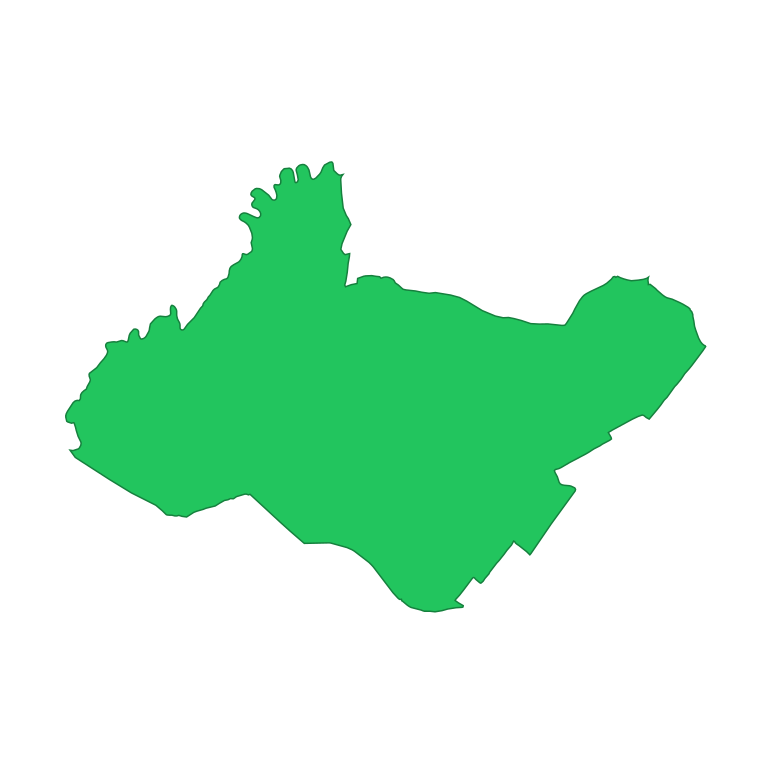 Porumbesti, Satu Mare, Romania (Equal Earth projection), rotated 117°
{"feature_id": "2599482B57737468340050", "entity_name": "Porumbesti", "entity_type": "district", "adm_level": 2, "iso_a3": "ROU", "parent_name": "Romania", "parent_adm1": "Satu Mare", "projection": "equal_earth", "projection_center": [22.962, 47.979], "detail": "fine", "context": "isolated", "style": "filled", "palette": "green", "viewbox_px": 768, "rotation_deg": 117, "n_neighbors": 0, "source": "geoboundaries", "source_scale": "gbopen_adm2", "svg_char_len": 6171}
<svg xmlns="http://www.w3.org/2000/svg" viewBox="0 0 768 768"><g transform="rotate(117 384 384)"><path d="M585.5,633.7L589.6,625.7L593.7,585.3L595.7,559.6L595.6,532.2L597.6,523.9L599.2,518.9L599.2,517.9L598.4,515.9L597.2,513.5L596.5,510.5L595.6,508.7L594.2,507.2L593.6,503.8L592.1,499.5L584.7,495.2L582.3,493.0L577.8,488.2L575.5,486.2L569.3,479.0L564.9,476.4L560.2,473.3L557.9,470.4L555.8,468.8L554.8,466.4L554.5,466.0L551.3,464.3L545.4,458.1L544.6,456.7L544.3,454.4L543.1,453.3L554.2,413.9L557.8,400.5L562.2,382.7L550.4,360.7L549.9,359.3L546.5,342.6L546.2,337.1L546.4,334.5L549.8,316.3L550.9,312.9L551.8,310.5L565.9,281.2L568.4,274.5L568.8,272.8L568.7,271.9L567.9,270.7L569.1,269.7L569.0,269.3L570.5,262.8L570.8,260.4L570.8,258.4L568.6,248.4L568.4,246.3L568.1,244.8L565.5,239.6L563.8,235.1L559.6,229.4L555.6,225.1L550.6,218.2L547.6,213.1L546.8,212.4L545.5,212.8L545.2,218.4L544.6,222.4L543.2,222.3L537.7,220.8L531.0,219.5L516.7,217.0L515.8,216.4L515.6,215.5L516.4,213.6L517.6,208.5L517.5,207.3L516.2,206.7L514.6,206.1L511.5,205.8L505.5,204.3L503.7,204.4L492.5,202.3L489.3,201.4L481.1,199.7L476.5,199.0L469.5,197.3L465.1,197.2L465.2,195.9L466.0,194.6L466.4,192.8L466.7,190.3L468.6,180.9L470.0,176.5L468.4,176.1L432.7,171.5L392.5,165.1L390.9,165.5L390.0,166.8L390.0,169.0L390.1,171.1L390.5,172.7L392.4,177.4L393.0,179.6L393.0,181.6L392.1,183.3L388.0,187.4L385.1,191.6L383.7,192.9L382.3,192.4L380.0,189.8L377.9,188.2L369.6,182.9L354.7,172.4L351.9,170.6L346.5,167.5L341.0,163.5L338.4,162.1L331.6,157.3L329.7,156.4L328.5,157.4L325.4,162.1L321.3,159.6L302.4,146.6L297.5,142.8L294.4,139.8L294.1,138.0L294.8,135.1L294.9,131.8L283.2,129.1L277.3,127.9L271.1,127.0L267.5,125.8L254.3,123.8L251.0,122.8L244.9,121.5L238.2,120.7L232.2,119.1L227.5,118.1L209.6,115.0L204.6,114.4L204.1,115.3L204.2,116.6L203.7,118.8L202.6,121.2L200.3,124.5L194.5,130.7L191.6,133.5L187.3,136.5L183.7,139.4L181.8,140.5L179.8,142.7L179.1,144.7L178.1,145.6L177.6,147.8L177.2,153.7L177.2,157.6L177.6,165.7L178.7,171.0L178.7,173.1L178.2,176.4L176.5,183.2L175.7,185.4L174.4,192.1L175.4,193.6L173.9,194.4L172.0,195.8L169.5,196.8L168.8,196.9L170.6,197.9L173.0,200.4L176.1,204.7L179.7,210.5L180.8,214.4L181.5,218.0L182.0,221.8L182.0,224.7L183.7,225.9L183.4,227.1L184.4,228.4L187.5,229.0L193.2,231.3L196.7,233.4L207.4,241.7L211.8,244.8L214.0,246.0L216.1,246.7L220.9,247.6L230.4,248.0L235.3,247.9L247.3,249.0L249.6,249.6L251.0,252.0L256.1,265.3L260.1,272.8L263.6,280.7L265.1,290.6L266.7,297.9L268.2,303.2L270.9,307.9L272.9,315.6L274.0,329.7L272.6,348.0L272.6,355.9L274.5,365.0L279.2,379.7L282.7,385.0L285.1,392.0L286.8,398.1L290.2,407.1L290.9,409.9L290.5,411.9L289.3,416.1L288.8,419.9L287.5,421.6L286.8,423.3L286.7,426.7L287.1,429.1L287.8,430.9L289.0,432.7L291.1,434.7L290.4,436.6L291.8,440.3L293.0,444.1L296.0,449.4L297.3,451.1L301.9,455.4L306.7,453.6L310.3,458.2L314.8,462.4L313.7,463.9L309.7,464.7L301.0,467.5L292.8,470.7L286.4,472.6L283.4,473.8L286.4,477.4L286.0,479.4L283.6,483.6L278.0,485.1L264.6,486.2L257.0,485.9L252.9,490.8L251.0,494.1L245.8,500.2L233.3,508.5L222.0,515.1L220.5,515.8L218.2,516.1L216.0,515.7L217.9,517.9L218.2,519.4L217.9,521.3L216.5,525.7L210.6,529.7L209.9,531.0L210.0,531.6L211.1,533.1L215.9,536.4L219.1,536.7L223.8,536.3L226.1,536.6L231.4,538.2L233.2,539.4L233.8,540.1L234.0,540.7L233.6,542.4L232.7,543.6L227.4,548.0L225.6,550.6L225.2,551.5L224.8,553.0L224.8,554.8L225.5,556.4L226.9,558.1L228.3,559.0L231.0,559.8L232.5,559.7L233.7,559.1L237.0,556.1L241.0,553.1L243.1,552.9L244.4,553.6L244.7,554.1L244.6,554.7L244.0,555.4L236.7,560.9L235.3,562.5L234.5,564.6L234.7,566.4L235.5,567.5L237.3,570.4L237.9,570.9L241.3,571.9L245.1,571.6L246.4,571.2L249.5,568.3L251.8,567.3L252.8,567.3L253.9,567.7L254.6,568.5L255.8,571.6L256.6,572.0L257.2,572.0L258.7,571.2L260.5,568.9L262.5,566.8L264.7,565.0L267.4,564.0L268.7,564.2L269.9,565.0L270.4,566.3L270.5,567.5L268.1,572.5L266.4,581.2L266.5,583.6L267.6,586.3L268.6,587.4L272.1,589.0L274.3,589.1L275.8,588.5L276.5,587.1L276.7,584.4L277.0,583.5L277.7,583.0L278.4,582.9L282.8,583.7L284.1,583.3L285.1,582.5L285.8,581.4L286.0,580.5L285.6,577.0L285.8,575.0L286.7,572.9L288.2,571.2L289.7,570.5L290.6,570.4L292.4,570.9L293.3,571.9L293.7,573.1L294.0,576.3L294.2,583.0L294.5,584.7L295.2,586.5L296.3,587.7L298.0,588.7L299.4,588.9L301.0,588.6L302.0,587.9L302.6,586.6L302.9,585.2L302.9,582.0L303.3,579.7L304.2,576.9L305.4,575.1L309.7,570.2L313.1,567.8L314.8,567.1L318.4,566.5L322.9,562.8L324.8,562.1L326.2,562.2L330.2,564.3L331.1,565.2L331.5,566.7L331.7,568.4L332.2,569.1L332.9,569.1L334.9,568.3L337.4,568.1L339.4,568.3L341.3,568.9L346.0,572.1L348.4,573.4L349.5,573.7L350.9,573.8L353.2,573.3L355.9,572.2L359.5,571.5L360.8,571.6L361.9,572.2L363.3,573.8L365.2,575.2L367.7,576.2L370.2,575.7L372.7,575.8L373.7,576.2L376.3,578.1L378.3,578.8L384.1,579.4L386.0,580.0L389.2,580.1L392.4,581.2L394.4,581.5L396.7,581.0L399.7,581.9L411.0,583.2L420.0,586.1L426.0,587.0L427.0,587.6L427.6,588.5L427.7,589.5L427.5,590.3L426.8,591.1L424.1,592.5L423.0,593.3L422.0,594.4L419.9,597.4L418.2,598.9L416.9,599.9L413.2,601.8L412.2,602.6L411.4,603.6L410.2,605.8L410.0,607.3L410.1,608.4L410.5,609.0L412.4,609.0L414.4,608.2L418.1,606.0L419.5,605.8L420.6,606.3L422.1,607.6L423.2,609.1L425.2,614.2L425.9,615.1L426.6,615.8L428.2,616.8L430.1,617.7L436.5,619.4L440.6,618.3L442.2,617.7L443.8,617.4L449.6,617.6L451.3,618.1L452.6,618.9L453.9,620.2L454.2,620.8L453.9,622.0L451.8,624.8L448.7,626.5L447.8,627.7L447.6,629.1L448.0,630.7L448.9,631.9L454.0,633.2L456.2,633.1L461.3,631.7L462.9,631.7L463.5,632.4L463.9,636.2L464.5,637.7L468.1,641.4L468.9,643.6L470.1,645.6L472.4,648.7L473.5,649.6L475.0,649.8L476.4,649.3L477.6,648.3L479.3,645.9L480.6,644.9L482.1,644.5L484.5,644.4L488.7,645.0L493.7,646.3L499.9,647.4L508.2,651.3L509.4,651.1L511.0,650.1L513.2,647.8L514.3,647.3L515.9,647.1L521.0,647.3L523.7,646.9L526.0,648.2L528.7,649.2L530.8,649.4L531.8,649.2L535.0,647.8L537.1,648.0L537.9,650.0L539.5,651.6L541.7,652.5L551.9,653.6L554.6,653.6L556.6,653.2L558.1,652.4L561.2,649.8L561.4,648.6L560.8,644.7L559.4,643.0L559.4,642.4L562.6,639.2L565.2,637.0L569.5,632.8L573.1,628.0L574.2,627.0L576.4,626.3L579.2,626.4L580.5,626.8L584.5,630.8L585.5,633.7Z" fill="#22c55e" stroke="#15803d" stroke-width="1.5"/></g></svg>